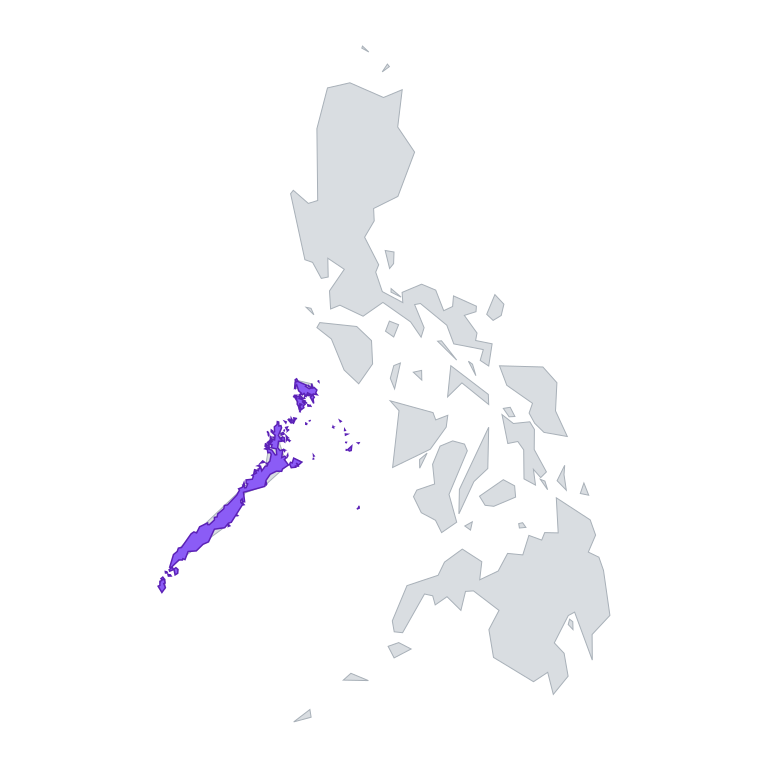 Palawan, Palawan, Philippines shown in context
{"feature_id": "2640588B20950743061684", "entity_name": "Palawan", "entity_type": "district", "adm_level": 2, "iso_a3": "PHL", "parent_name": "Philippines", "parent_adm1": "Palawan", "projection": "orthographic", "projection_center": [119.327, 9.944], "detail": "fine", "context": "in_parent", "style": "filled", "palette": "violet", "viewbox_px": 768, "rotation_deg": 0, "n_neighbors": 0, "source": "geoboundaries", "source_scale": "gbopen_adm2", "svg_char_len": 9842}
<svg xmlns="http://www.w3.org/2000/svg" viewBox="0 0 768 768"><path d="M349.9,82.8L383.5,97.5L402.2,89.7L397.7,127.0L414.6,152.1L397.9,196.4L373.6,208.5L374.2,220.9L364.6,237.2L378.7,264.8L375.7,272.1L382.3,291.6L402.8,302.6L402.1,292.4L421.6,284.2L435.7,290.1L443.7,310.7L452.6,306.5L453.5,295.9L476.4,306.2L476.0,311.7L464.3,315.4L477.0,333.0L475.6,340.5L492.1,343.8L488.7,366.0L480.2,360.4L483.3,349.6L453.8,343.9L446.8,325.2L420.4,303.5L414.6,304.6L424.1,327.7L421.1,337.2L410.6,321.9L382.9,302.4L363.1,316.2L339.9,305.2L330.6,309.0L329.5,290.9L344.3,269.3L327.8,258.2L328.2,277.0L321.3,278.4L312.6,262.4L304.9,259.7L290.6,193.7L293.3,190.3L308.3,203.4L317.7,200.5L316.9,128.7L327.5,87.9L349.9,82.8ZM556.3,497.8L590.2,519.9L595.6,535.1L588.3,552.1L598.9,557.2L603.5,570.4L609.9,615.4L592.1,634.5L592.3,660.1L574.6,612.1L568.3,615.5L554.3,642.9L564.1,653.3L568.1,676.2L553.3,694.4L547.7,672.3L533.5,681.7L493.5,657.4L488.9,629.6L499.0,610.4L473.5,590.9L465.5,591.4L460.9,610.4L447.0,596.7L435.2,604.9L432.7,595.8L424.5,594.0L402.6,632.7L394.2,631.8L392.3,620.9L407.0,585.6L438.1,575.3L444.5,562.1L462.3,549.1L481.8,561.7L479.7,579.8L498.2,571.0L507.6,553.4L522.8,554.9L528.9,535.4L541.7,540.1L544.7,532.6L558.2,532.9L556.3,497.8ZM456.7,522.2L441.6,532.6L435.5,520.3L421.3,512.7L413.5,496.7L416.8,490.1L434.6,484.0L432.6,464.3L440.1,446.1L452.7,440.9L464.5,444.1L467.3,450.8L449.0,494.4L456.7,522.2ZM542.9,367.0L556.9,382.7L555.5,410.9L567.3,436.5L544.0,432.4L534.7,423.3L529.1,413.1L532.5,403.3L506.8,385.3L499.5,365.8L542.9,367.0ZM390.2,400.8L433.0,412.6L435.7,419.9L447.8,415.3L446.2,427.1L430.3,449.2L392.6,467.5L399.0,410.7L390.2,400.8ZM228.8,524.1L171.7,565.9L178.0,549.6L265.6,466.4L269.4,442.9L280.9,426.8L279.7,443.9L287.1,465.3L264.1,486.1L245.0,492.9L228.8,524.1ZM319.8,322.6L356.7,326.5L371.5,340.6L372.6,363.9L358.7,383.8L344.1,370.0L331.4,339.0L316.9,327.6L319.8,322.6ZM513.4,423.5L529.8,421.8L534.4,429.4L534.2,449.5L546.4,471.9L540.7,477.6L533.4,469.3L535.5,485.1L524.0,478.9L523.7,449.9L517.8,441.5L507.8,443.5L502.0,414.6L513.4,423.5ZM458.9,513.9L459.4,489.4L488.7,427.2L487.8,468.5L473.9,481.6L458.9,513.9ZM515.6,497.1L493.8,506.3L485.1,505.3L479.5,496.2L503.3,479.7L514.6,485.8L515.6,497.1ZM450.8,365.7L488.3,394.4L488.7,404.5L461.9,382.9L447.6,396.9L450.8,365.7ZM501.2,315.5L493.1,320.4L486.7,314.3L494.9,294.6L503.9,304.2L501.2,315.5ZM411.1,649.0L394.1,657.9L388.1,646.3L398.7,642.6L411.1,649.0ZM296.2,380.2L312.1,383.9L316.1,393.7L302.0,394.0L296.2,380.2ZM389.4,321.1L398.6,324.7L393.7,337.0L385.5,331.2L389.4,321.1ZM350.9,673.3L368.4,680.6L343.3,680.1L350.9,673.3ZM566.3,490.2L557.1,480.7L564.7,465.3L564.0,474.6L566.3,490.2ZM400.4,363.0L394.6,388.9L390.3,378.3L393.8,365.6L400.4,363.0ZM309.9,709.5L311.1,717.2L293.7,721.9L309.9,709.5ZM394.0,252.0L393.6,263.6L389.6,268.5L385.2,250.5L394.0,252.0ZM427.1,453.1L419.7,468.2L419.6,459.5L427.1,453.1ZM303.2,398.3L299.0,409.0L295.1,396.5L303.2,398.3ZM514.9,416.5L509.1,416.8L503.3,408.4L510.2,407.3L514.9,416.5ZM421.6,370.4L421.8,380.1L413.3,372.2L421.6,370.4ZM588.7,495.2L580.3,493.5L583.9,483.0L588.7,495.2ZM441.5,340.8L456.7,360.1L437.6,341.2L441.5,340.8ZM302.1,462.0L292.1,467.4L294.8,458.7L302.1,462.0ZM472.3,521.8L470.5,530.1L464.8,526.0L472.3,521.8ZM472.5,364.2L475.9,375.7L468.4,361.2L472.5,364.2ZM165.1,588.7L160.0,588.1L161.1,580.8L165.0,579.9L165.1,588.7ZM525.9,527.4L519.4,528.0L518.7,523.6L522.6,522.7L525.9,527.4ZM573.0,629.6L568.2,624.5L569.6,619.2L572.8,621.7L573.0,629.6ZM311.0,308.3L313.9,314.8L306.1,307.3L311.0,308.3ZM544.9,481.1L547.6,489.7L540.3,479.3L544.9,481.1ZM389.4,66.6L382.2,71.9L387.4,64.1L389.4,66.6ZM401.1,297.1L391.0,292.1L391.1,288.6L401.1,297.1ZM362.5,46.1L368.8,52.0L361.8,48.1L362.5,46.1Z" fill="#d9dde1" stroke="#a8b0b8" stroke-width="1"/><path d="M284.3,459.6L286.3,457.8L284.8,456.2L281.7,457.6L282.8,449.7L280.0,450.6L277.7,447.7L278.5,441.3L281.7,441.3L280.8,438.8L281.3,437.7L280.1,438.5L278.4,435.4L281.6,427.8L280.9,425.6L278.9,426.0L278.7,422.0L277.3,421.6L277.1,424.5L274.3,426.9L274.6,431.7L272.6,433.0L275.1,435.2L274.6,439.9L272.4,439.6L270.3,436.6L270.5,439.9L272.2,441.2L271.3,442.2L270.0,440.0L269.3,441.3L270.7,444.0L269.6,444.4L272.0,444.7L271.4,447.8L276.2,448.8L276.7,454.7L275.2,455.0L271.8,450.1L268.3,448.9L269.5,447.8L267.6,447.8L269.1,446.8L268.4,444.7L266.6,445.9L266.5,444.0L265.5,443.8L265.1,446.2L267.3,447.1L264.9,448.8L267.3,449.5L267.9,452.8L270.0,452.5L271.2,454.4L269.9,461.1L267.5,463.6L265.9,463.1L267.7,464.7L267.2,465.3L267.3,465.5L267.2,465.7L267.2,465.8L267.1,466.0L265.2,466.2L261.8,470.9L260.5,466.1L259.0,466.2L260.1,468.5L258.1,469.0L258.2,470.6L254.6,469.7L254.0,472.6L255.9,471.2L256.5,473.0L252.0,475.3L253.4,476.2L252.3,479.2L246.1,479.9L246.1,483.2L247.7,483.9L246.2,487.6L244.8,487.9L243.1,485.4L244.6,485.6L244.0,482.7L242.3,487.3L238.6,488.8L239.5,490.1L236.8,495.1L227.5,504.9L224.4,505.5L223.8,508.7L217.7,513.9L217.1,516.9L214.4,517.4L214.4,520.0L209.3,524.7L207.7,524.6L207.6,522.9L199.6,526.8L196.6,532.9L193.9,531.9L191.1,533.8L181.5,547.5L178.4,548.1L177.2,551.5L173.5,554.5L169.7,567.2L171.2,567.5L179.0,559.9L182.5,560.0L182.9,558.7L185.0,559.6L188.1,551.5L196.3,550.9L203.0,544.3L208.5,541.9L214.4,529.2L224.7,527.7L228.5,523.1L231.3,522.3L242.2,505.1L244.0,504.7L242.6,503.1L241.4,504.1L242.5,502.7L240.9,502.6L240.7,500.4L242.1,498.9L242.7,501.7L244.6,501.8L243.5,492.3L264.8,486.4L266.0,480.4L270.2,474.3L276.4,471.2L281.7,471.3L282.5,469.0L288.5,465.0L284.3,459.6ZM296.6,378.8L295.2,379.7L295.4,381.7L296.6,381.3L297.5,381.2L297.7,381.4L295.1,382.3L294.7,387.4L296.7,384.8L298.7,390.9L301.4,393.2L300.5,393.9L302.5,394.9L304.0,393.4L306.2,396.2L307.6,392.8L311.9,395.2L313.2,394.0L317.1,394.7L315.7,393.0L316.9,390.0L314.2,387.5L312.9,388.1L311.6,383.6L311.4,388.1L309.1,388.7L305.5,386.3L306.6,385.2L298.2,381.6L296.6,378.8ZM297.9,396.4L295.6,395.8L296.5,398.0L294.4,396.8L297.6,401.7L297.2,404.2L298.3,405.7L299.8,405.5L299.9,403.8L301.7,404.4L299.5,406.5L299.4,407.0L300.1,407.0L300.6,407.9L298.7,407.1L299.6,410.5L299.6,408.8L300.7,410.1L303.9,407.7L303.2,405.8L305.0,404.4L302.5,401.9L303.2,401.1L304.0,401.7L303.8,401.2L304.4,401.4L304.4,401.1L304.9,401.0L305.0,400.9L301.0,399.2L302.9,398.4L302.1,397.5L300.5,398.9L299.0,398.6L300.0,397.0L297.9,396.4ZM295.5,466.1L298.2,466.1L296.3,462.9L298.5,465.1L301.8,462.1L293.7,458.1L292.2,462.9L290.5,462.3L289.7,464.1L291.2,467.7L295.8,467.2L295.5,466.1ZM164.5,579.4L161.3,580.2L160.0,582.5L159.9,580.6L159.9,585.4L158.1,586.2L161.9,592.5L165.4,587.6L163.8,583.6L165.1,583.0L164.5,579.4ZM175.9,567.7L173.9,569.1L175.1,574.9L177.7,573.3L178.0,569.5L175.9,567.7ZM295.7,418.4L293.1,417.7L294.5,418.7L294.0,420.0L292.1,420.1L291.2,418.3L291.0,421.0L289.0,419.0L288.2,419.7L291.1,423.0L293.5,421.5L293.2,423.9L295.7,418.4ZM312.9,394.9L310.4,397.3L313.7,403.4L313.1,398.7L314.3,397.4L312.9,394.9ZM351.7,446.0L347.9,449.5L349.3,451.0L351.2,450.5L351.7,446.0ZM282.4,436.9L281.3,439.6L284.6,441.9L284.2,437.6L282.4,436.9ZM172.3,567.2L169.1,569.7L169.7,571.2L173.5,569.6L172.3,567.2ZM283.0,432.4L281.0,433.5L281.3,435.1L284.2,434.0L283.0,432.4ZM162.8,577.1L161.0,578.6L162.2,579.8L164.4,579.2L162.8,577.1ZM269.4,440.9L267.4,442.5L268.8,444.1L268.6,442.6L269.4,440.9ZM168.0,574.7L168.4,576.1L171.1,576.0L170.3,574.8L168.0,574.7ZM165.3,571.5L165.5,573.0L167.4,573.0L166.8,571.8L165.3,571.5ZM287.5,427.0L285.7,427.5L286.6,429.2L287.5,427.0ZM347.4,434.2L345.4,434.0L345.5,435.1L347.4,434.2ZM262.7,460.9L260.7,463.0L264.5,462.2L262.7,460.9ZM309.7,404.6L310.3,405.8L307.8,404.7L308.0,406.1L310.7,406.1L309.7,404.6ZM310.7,395.8L307.7,394.7L307.6,395.5L310.7,395.8ZM271.3,430.0L271.2,431.8L272.9,432.5L272.7,431.0L271.3,430.0ZM304.9,401.4L304.8,401.7L305.5,402.2L305.4,402.6L306.9,403.3L304.9,401.4ZM229.8,525.8L228.6,524.6L228.3,526.4L229.8,525.8ZM287.6,437.3L286.2,435.9L286.6,438.1L287.6,437.3ZM359.2,508.1L358.9,505.8L358.8,507.4L356.9,509.1L359.2,508.1ZM302.3,397.1L300.4,396.4L301.2,397.1L302.3,397.1ZM287.6,438.6L286.4,439.1L286.5,440.3L287.6,438.6ZM288.9,439.7L287.6,440.2L288.8,440.3L288.9,439.7ZM299.6,395.4L298.7,396.4L300.4,396.0L299.6,395.4ZM295.9,395.3L294.4,395.3L293.3,397.2L295.9,395.3ZM333.6,427.8L333.0,426.5L332.8,427.1L333.2,427.1L332.9,427.3L333.4,427.8L333.6,427.8ZM305.8,423.1L305.8,424.3L306.6,424.4L306.8,423.6L305.8,423.1ZM307.9,384.9L308.4,386.1L310.8,387.4L309.7,386.7L307.9,384.9ZM346.4,442.3L345.2,442.2L346.2,442.7L346.4,442.3ZM266.4,482.9L265.9,484.6L266.2,484.9L266.7,484.1L266.4,482.9ZM237.7,515.6L236.9,515.0L237.0,515.8L237.7,515.6ZM285.0,450.2L284.1,449.6L284.1,449.8L284.6,450.0L283.9,450.1L284.6,451.2L285.0,450.2ZM341.1,421.3L339.7,420.4L340.3,421.8L341.1,421.3ZM305.0,395.1L304.6,396.1L305.5,396.3L305.0,395.1ZM259.1,465.2L257.7,465.8L258.8,466.0L259.1,465.2ZM310.8,420.3L309.1,421.0L308.7,421.2L310.8,420.3ZM318.5,380.3L318.2,381.4L318.8,381.9L318.5,380.3ZM345.3,430.4L344.7,429.4L344.6,430.5L345.3,430.4ZM304.4,397.7L303.5,398.3L304.7,398.3L304.4,397.7ZM347.5,450.4L346.3,449.7L346.2,450.1L347.5,450.4ZM295.6,386.4L295.1,388.4L295.4,388.7L295.8,388.5L295.6,386.4ZM268.7,433.2L267.8,431.9L268.3,433.4L268.2,434.9L268.4,435.2L268.7,433.2ZM289.1,429.6L287.8,429.9L287.5,430.9L289.1,429.6ZM313.5,457.7L313.2,459.0L313.6,459.0L313.5,457.7ZM286.2,421.9L284.6,421.3L285.8,423.0L286.2,421.9ZM287.7,454.5L287.2,455.5L287.4,456.6L287.9,455.8L287.7,454.5ZM267.4,431.0L267.6,432.6L267.8,432.7L267.4,431.0ZM300.0,410.7L299.7,411.6L300.2,411.7L300.0,410.7ZM289.9,440.8L288.9,440.6L289.4,441.3L289.9,440.8ZM359.0,442.8L357.8,442.9L358.6,443.5L359.0,442.8ZM274.1,437.6L273.2,437.4L274.0,438.2L274.1,437.6ZM297.0,418.6L296.1,418.4L296.3,418.7L297.0,418.6ZM284.7,429.5L284.0,430.4L284.2,430.7L284.7,429.5ZM299.7,394.7L298.6,395.0L299.8,394.8L299.7,394.7ZM314.1,456.0L313.5,455.2L313.6,456.1L314.1,456.0ZM310.0,394.2L308.8,394.1L309.7,394.5L310.0,394.2Z" fill="#8b5cf6" stroke="#5b21b6" stroke-width="1.5"/></svg>